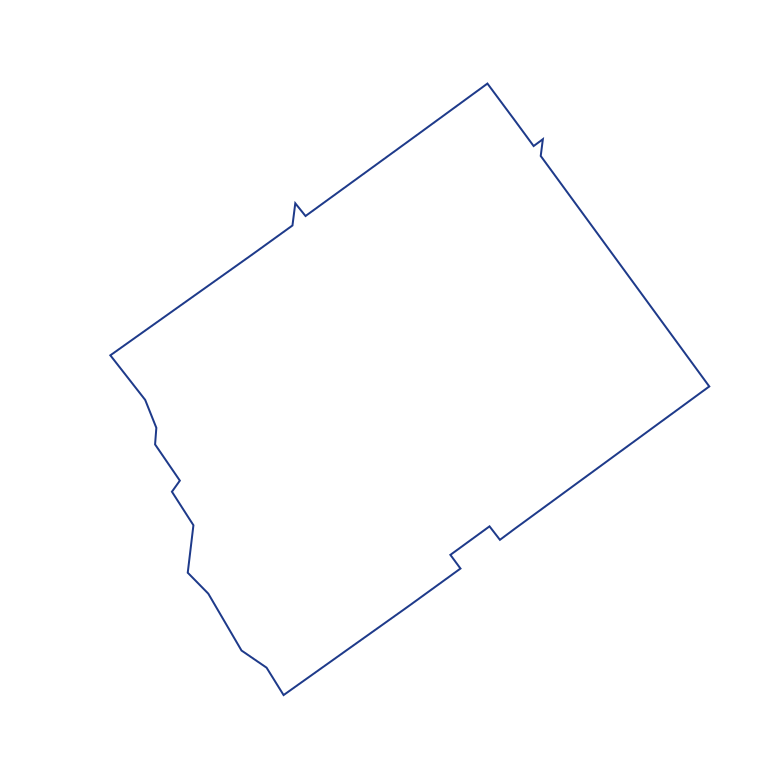 Colquitt, Georgia, United States of America (Robinson projection), rotated 143°
{"feature_id": "52423323B91495403121400", "entity_name": "Colquitt", "entity_type": "district", "adm_level": 2, "iso_a3": "USA", "parent_name": "United States of America", "parent_adm1": "Georgia", "projection": "robinson", "projection_center": [-83.721, 31.18], "detail": "fine", "context": "isolated", "style": "outline", "palette": "blue", "viewbox_px": 768, "rotation_deg": 143, "n_neighbors": 0, "source": "geoboundaries", "source_scale": "gbopen_adm2", "svg_char_len": 526}
<svg xmlns="http://www.w3.org/2000/svg" viewBox="0 0 768 768"><g transform="rotate(143 384 384)"><path d="M410.0,566.7L585.3,571.6L584.3,515.0L592.2,486.0L603.2,473.5L605.2,429.7L618.2,425.6L621.2,385.9L654.3,351.4L650.5,322.3L658.2,256.9L648.5,228.1L651.4,196.0L498.6,191.8L434.0,190.6L433.8,207.6L385.4,206.8L385.2,189.8L367.2,189.7L125.7,186.3L121.6,471.8L109.8,483.9L121.3,484.0L120.9,516.0L120.6,561.7L213.0,563.1L345.6,565.4L346.1,581.7L361.7,565.7L410.0,566.7Z" fill="none" stroke="#1e3a8a" stroke-width="2"/></g></svg>